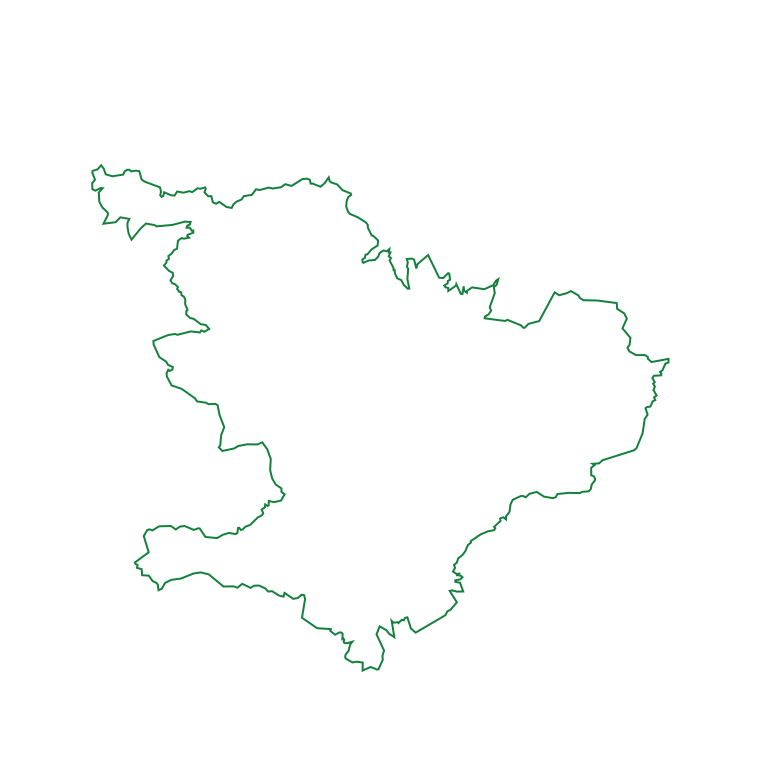 Tetela de Ocampo, Puebla, Mexico, rotated 257°
{"feature_id": "50627088B39259384142241", "entity_name": "Tetela de Ocampo", "entity_type": "district", "adm_level": 2, "iso_a3": "MEX", "parent_name": "Mexico", "parent_adm1": "Puebla", "projection": "natural_earth1", "projection_center": [-97.768, 19.812], "detail": "fine", "context": "isolated", "style": "outline", "palette": "green", "viewbox_px": 768, "rotation_deg": 257, "n_neighbors": 0, "source": "geoboundaries", "source_scale": "gbopen_adm2", "svg_char_len": 6166}
<svg xmlns="http://www.w3.org/2000/svg" viewBox="0 0 768 768"><g transform="rotate(257 384 384)"><path d="M235.0,561.8L239.2,563.7L242.6,567.8L244.3,568.4L247.0,567.6L248.4,565.4L255.7,567.0L257.6,570.9L259.3,569.3L258.3,575.7L260.6,579.9L263.2,612.9L264.8,615.7L277.8,624.9L291.2,630.1L294.8,633.9L301.5,633.4L302.3,634.7L302.1,638.5L306.6,641.8L307.3,644.7L310.3,644.1L311.4,647.1L317.5,645.2L320.6,647.4L323.8,646.3L324.9,648.2L329.3,646.8L331.3,648.7L330.1,656.0L331.7,656.6L333.7,655.7L334.7,658.4L340.5,662.7L341.0,666.0L344.5,666.9L345.2,649.7L349.2,646.8L351.0,647.1L353.5,644.8L355.5,636.0L360.6,630.4L364.7,629.4L366.9,632.1L373.5,634.5L384.6,628.9L393.1,635.3L398.7,634.0L404.8,628.1L410.5,629.0L417.4,610.5L420.8,597.1L423.8,594.2L426.5,593.4L432.5,587.0L431.4,582.6L431.1,574.7L434.9,570.9L410.4,549.4L410.1,538.3L407.1,533.7L407.6,532.3L410.3,530.7L418.8,518.6L418.1,516.4L425.4,496.8L426.9,497.5L428.3,501.6L431.4,504.9L435.0,504.3L447.7,512.4L453.8,512.8L455.1,515.9L460.4,518.9L459.5,516.4L455.7,512.6L453.8,503.1L458.3,491.6L456.1,485.8L454.3,485.3L456.8,483.0L461.3,483.6L454.1,480.7L454.6,479.1L465.0,476.9L463.6,476.2L460.2,467.6L463.2,468.2L464.3,465.8L466.4,464.8L467.7,468.6L470.0,469.4L470.7,471.8L476.7,472.4L477.6,471.5L473.9,465.5L475.2,461.6L499.7,456.0L493.3,443.6L489.3,441.5L498.3,441.3L499.8,439.7L500.7,434.3L497.2,434.6L493.1,432.7L490.8,433.5L481.1,430.4L471.3,430.1L471.4,428.7L475.7,425.8L481.4,424.1L484.0,420.7L488.8,419.6L492.8,420.0L492.8,419.0L495.3,419.3L503.1,417.2L505.0,419.1L507.4,417.4L510.7,419.8L511.0,418.3L514.3,419.6L512.7,416.6L514.2,413.6L512.6,409.1L509.5,407.1L506.9,403.1L507.8,396.9L506.7,391.1L507.6,390.6L510.1,390.9L511.1,393.7L514.2,395.1L514.1,397.0L518.0,402.3L520.4,409.0L525.1,410.5L530.7,407.0L531.5,405.4L540.1,403.4L542.8,404.0L545.5,402.7L552.4,395.9L557.5,388.9L560.0,387.7L565.6,387.1L571.0,388.9L574.2,391.3L575.6,394.5L577.1,394.5L582.1,387.3L589.0,383.3L592.2,378.0L593.9,376.7L597.8,376.6L592.9,371.2L590.5,366.4L595.5,359.3L595.7,357.6L599.6,357.7L601.4,355.3L602.0,350.5L597.8,338.5L600.9,332.7L598.9,328.1L599.5,319.5L601.3,315.8L601.0,306.6L602.5,303.1L598.0,297.7L598.6,289.7L595.8,286.6L594.8,281.2L593.0,277.8L589.8,275.2L591.9,270.4L598.5,264.4L597.4,260.9L599.6,258.1L605.9,258.0L606.5,254.9L611.2,252.2L614.4,254.3L615.8,253.8L615.5,249.4L616.6,246.2L614.1,240.3L615.7,237.7L615.5,231.7L618.1,225.8L614.7,222.3L615.9,218.8L620.3,212.9L616.8,211.2L616.4,209.3L618.2,208.4L621.5,210.0L626.0,210.0L635.0,196.3L637.6,193.9L646.4,193.4L647.7,190.3L648.1,185.4L650.0,184.1L650.5,181.8L649.6,179.2L646.7,177.0L647.5,166.1L650.9,160.0L657.0,159.3L660.7,157.6L657.5,153.0L657.2,148.0L655.3,147.3L648.1,148.4L645.2,144.8L639.3,143.7L637.3,146.3L638.7,152.0L638.1,153.9L634.8,149.2L625.7,147.6L619.4,149.3L613.1,153.4L610.7,152.9L603.3,146.7L602.0,158.9L605.7,164.6L602.1,173.0L598.9,170.4L595.0,169.4L587.9,169.0L581.5,170.5L590.1,181.6L593.9,188.1L590.4,196.3L588.8,197.7L586.6,213.7L587.0,226.6L585.4,232.0L583.1,230.7L582.6,228.1L580.8,226.8L580.0,229.9L576.6,231.2L576.5,232.7L574.3,232.2L573.5,226.2L572.4,225.5L570.4,226.9L570.6,221.7L571.7,219.7L570.0,215.5L562.4,212.8L561.7,209.5L558.8,206.4L557.2,202.7L554.3,202.6L553.1,199.8L551.2,199.3L548.9,196.2L542.6,200.0L539.9,203.1L536.7,202.9L533.0,199.3L530.0,200.2L528.0,203.0L524.6,205.1L523.1,203.8L519.7,205.3L519.1,206.9L516.0,206.7L514.3,208.6L511.1,209.4L506.5,208.2L500.4,209.3L499.4,207.7L496.1,207.0L491.9,210.0L490.2,213.3L483.5,218.9L481.6,223.6L477.0,226.1L475.3,220.7L477.3,218.0L475.6,216.2L478.7,207.6L478.4,193.7L479.7,191.8L480.3,184.9L477.8,169.0L474.4,168.4L460.7,171.1L454.9,176.7L451.1,178.0L448.0,182.1L445.6,181.0L444.9,178.1L446.4,177.0L443.2,174.5L440.1,174.1L430.4,176.7L424.8,185.7L412.6,196.6L409.1,197.9L405.8,206.4L403.8,208.5L402.6,215.1L400.8,217.1L390.7,216.8L377.9,218.6L370.9,213.9L361.1,210.7L359.4,208.8L355.1,211.5L354.9,223.7L356.4,228.0L356.0,237.3L353.6,247.0L354.5,252.3L346.5,255.6L336.3,256.8L325.8,253.7L317.0,253.8L310.4,255.9L305.3,260.6L302.0,259.8L298.9,262.4L293.6,257.5L293.6,250.2L296.0,245.4L291.6,244.3L291.4,242.9L293.4,241.2L290.6,240.2L289.2,236.5L285.2,237.3L283.5,235.5L282.4,231.0L276.8,221.9L276.2,217.1L274.0,213.4L274.0,211.7L276.5,210.5L276.5,209.3L272.1,207.8L271.1,205.8L273.8,199.4L273.3,192.9L271.4,186.8L275.1,175.6L284.6,172.0L285.2,170.8L284.6,165.9L290.4,157.9L291.0,153.1L289.1,148.4L293.6,144.4L295.9,132.9L293.5,125.4L295.2,122.5L294.8,120.3L289.9,115.7L273.0,116.9L266.1,101.1L264.3,101.5L263.3,103.2L260.4,102.0L258.1,106.2L252.1,105.3L250.2,111.7L244.0,114.2L241.4,117.6L239.1,118.5L233.8,117.9L234.5,121.5L239.4,125.9L241.0,132.6L240.1,142.4L242.2,155.8L241.7,163.0L237.9,170.5L222.8,182.0L220.7,191.8L218.5,195.4L221.2,200.9L215.3,208.2L216.7,211.7L215.8,216.8L211.6,222.3L207.8,224.5L207.3,228.3L201.3,234.4L199.4,238.3L202.8,240.1L195.1,247.2L194.9,251.9L197.2,256.5L196.2,258.7L192.1,258.7L174.7,251.5L161.1,263.9L157.1,277.1L155.6,276.1L150.7,279.9L152.0,284.9L151.3,286.7L149.8,287.5L145.1,286.1L145.5,287.0L143.5,287.8L142.3,286.7L140.6,287.1L139.7,289.7L140.0,295.2L137.7,292.4L131.9,289.4L129.1,285.8L126.7,284.7L125.0,285.0L119.8,290.6L119.6,294.7L117.4,300.6L109.6,298.7L111.3,307.3L107.4,312.9L107.3,314.5L115.6,320.8L119.4,321.3L124.3,324.1L141.8,320.4L148.8,325.3L143.6,330.9L139.5,332.8L135.1,337.1L151.5,338.2L149.3,339.5L148.8,343.9L147.8,344.3L150.2,348.2L149.3,350.1L151.3,351.9L151.4,354.3L139.8,355.2L134.6,358.9L144.9,391.8L148.2,394.6L149.1,398.1L154.9,405.9L167.6,401.5L167.7,403.6L165.3,408.3L164.0,414.5L173.3,413.4L175.1,409.0L176.7,409.3L176.5,414.5L178.1,417.0L180.2,415.4L181.1,412.6L182.3,414.3L182.8,411.8L185.8,409.0L188.8,411.9L191.9,411.5L193.6,414.8L197.4,417.1L199.8,422.0L202.8,425.6L208.3,429.6L210.0,433.1L211.4,433.1L215.8,444.6L217.1,452.1L216.8,458.4L218.5,460.0L220.0,459.1L224.4,466.8L226.7,466.8L227.1,467.7L227.2,470.4L224.7,472.4L227.5,473.1L231.3,477.6L238.3,480.2L242.2,483.4L244.0,491.8L243.6,494.4L241.7,496.6L244.3,501.1L244.5,508.5L238.3,514.5L234.8,522.9L235.1,525.9L237.8,528.3L236.2,540.4L233.6,550.4L234.4,552.7L233.4,559.2L235.0,561.8Z" fill="none" stroke="#15803d" stroke-width="2"/></g></svg>